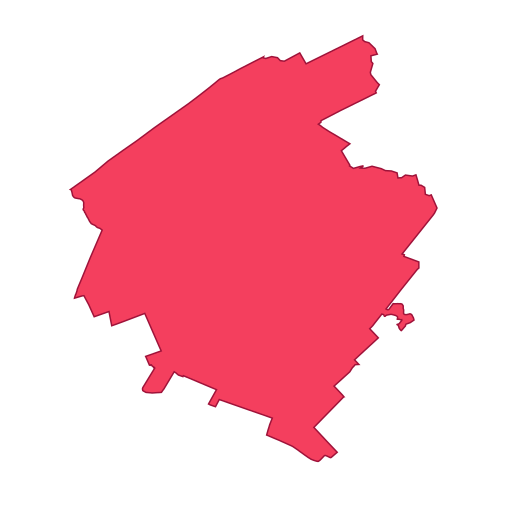 outline of Recea, Arges, Romania, rotated 175°
{"feature_id": "2599482B23278439531937", "entity_name": "Recea", "entity_type": "district", "adm_level": 2, "iso_a3": "ROU", "parent_name": "Romania", "parent_adm1": "Arges", "projection": "robinson", "projection_center": [25.033, 44.555], "detail": "fine", "context": "isolated", "style": "filled", "palette": "rose", "viewbox_px": 512, "rotation_deg": 175, "n_neighbors": 0, "source": "geoboundaries", "source_scale": "gbopen_adm2", "svg_char_len": 4410}
<svg xmlns="http://www.w3.org/2000/svg" viewBox="0 0 512 512"><g transform="rotate(175 256 256)"><path d="M433.8,335.6L433.7,334.8L433.7,334.7L433.4,332.2L432.5,330.7L431.6,329.8L430.9,329.5L427.8,328.6L426.6,328.4L426.2,328.2L425.7,327.9L424.0,326.7L423.7,326.2L423.4,325.7L423.0,324.5L423.0,323.8L423.3,321.6L423.3,320.6L423.3,319.2L424.1,317.8L424.1,317.2L424.0,316.9L423.0,315.5L423.0,315.4L422.9,314.4L422.6,314.1L422.3,313.5L422.1,313.1L422.0,312.6L421.8,312.1L421.4,311.3L421.1,310.5L420.8,309.6L420.2,308.7L420.0,308.1L419.7,307.4L418.7,304.9L418.0,303.8L417.3,302.6L415.7,301.6L413.9,300.6L413.2,300.1L412.6,299.2L411.5,298.2L409.0,297.1L407.0,295.2L421.0,269.2L422.4,266.5L431.6,248.6L435.1,242.0L436.9,238.5L437.4,236.8L438.7,233.8L439.0,233.5L440.4,230.2L440.5,229.8L432.7,231.4L430.9,231.5L426.8,221.9L422.5,209.6L407.3,213.5L405.8,199.1L401.1,200.3L394.5,202.1L371.8,208.5L367.4,195.4L360.2,174.0L358.7,169.7L374.7,165.6L374.5,165.0L374.6,165.5L371.7,156.6L370.9,156.3L370.5,156.5L370.3,156.8L369.7,156.7L369.1,155.5L367.6,154.4L367.4,154.2L367.7,154.1L367.8,154.0L367.7,153.8L367.7,153.7L366.7,153.1L380.2,134.8L380.7,133.5L380.5,131.8L379.9,131.3L378.7,130.5L377.5,129.7L375.8,129.4L374.1,129.1L372.8,128.9L371.5,128.6L366.2,128.5L364.1,128.4L362.1,128.4L360.8,130.0L359.4,131.5L347.6,147.8L345.8,146.4L345.1,145.6L344.3,144.8L343.7,144.2L339.3,142.2L338.8,143.1L322.9,134.7L307.0,126.3L316.2,112.7L314.8,111.8L314.0,111.4L313.1,111.0L309.5,109.4L307.3,112.8L305.1,116.2L290.7,109.7L279.6,104.7L276.1,103.1L265.8,98.5L253.9,93.1L257.1,86.7L258.0,84.3L259.0,82.0L261.0,76.7L252.3,72.1L249.0,70.4L246.4,68.9L243.3,67.2L242.6,66.8L241.9,66.4L237.4,63.9L235.8,62.9L234.6,61.9L233.5,61.0L231.3,59.2L229.3,57.4L229.2,57.3L227.3,55.7L224.7,53.4L223.1,52.1L221.5,50.7L220.2,49.8L219.0,48.8L217.0,47.8L216.2,47.4L214.0,46.5L212.8,46.1L212.2,46.0L211.7,46.0L209.9,47.1L205.2,51.2L204.1,51.2L202.5,50.4L200.0,48.9L199.2,48.6L198.6,48.8L192.2,53.4L194.5,56.3L201.5,65.1L213.3,80.2L180.8,108.1L180.7,108.1L182.1,110.1L189.6,119.6L172.7,132.4L169.5,136.6L168.7,137.1L166.7,139.1L163.0,139.0L166.9,144.0L161.4,148.3L141.3,163.8L149.1,173.7L149.0,173.8L148.8,173.9L147.5,174.9L145.7,176.5L143.6,178.8L138.7,184.0L135.7,187.2L134.0,186.5L133.7,186.0L133.6,185.4L133.3,184.8L132.9,184.7L132.7,184.7L132.5,184.8L132.2,185.0L132.0,185.3L131.0,185.7L130.2,185.8L127.3,186.1L125.9,186.0L122.1,184.6L120.9,183.8L120.3,183.1L120.3,182.4L120.4,182.0L120.4,181.6L120.8,180.9L120.8,180.7L119.6,180.5L119.2,180.6L117.9,180.1L117.5,179.9L117.0,179.8L116.4,179.9L116.4,179.1L119.3,176.1L120.0,175.8L121.1,175.6L121.4,175.5L121.3,175.2L120.5,174.7L120.2,174.1L119.7,171.7L119.2,170.7L118.0,169.1L117.7,169.0L116.7,169.9L115.9,170.7L115.1,171.5L113.3,173.2L112.8,174.6L112.4,175.1L110.3,175.6L108.1,176.2L104.2,178.4L104.5,180.4L104.7,181.1L104.9,181.5L105.1,181.8L105.2,182.1L105.5,182.9L105.8,183.7L106.8,184.7L107.8,185.0L108.3,184.9L108.7,184.8L110.9,184.5L112.3,184.6L112.8,184.7L113.6,185.2L114.0,185.9L113.9,186.8L113.6,189.4L113.9,190.8L113.9,191.0L113.7,193.5L113.9,193.8L114.3,194.7L114.9,195.5L116.3,195.9L117.9,196.0L118.4,196.1L119.0,196.2L119.9,196.2L120.3,196.2L122.7,196.4L123.5,196.6L128.2,191.3L128.5,191.1L128.8,191.0L129.9,191.1L131.1,191.9L114.0,210.3L96.5,228.6L94.8,229.8L94.3,235.9L108.7,242.7L108.1,244.3L110.3,245.3L75.9,281.4L74.4,283.2L71.5,288.0L76.1,301.6L78.2,301.0L81.9,302.7L82.0,309.6L85.4,312.1L87.5,312.3L88.6,318.1L89.6,322.9L93.1,322.0L100.1,323.6L104.1,321.3L107.8,321.4L108.2,326.5L113.7,328.9L119.7,329.8L123.6,332.1L132.6,335.3L139.8,333.9L144.2,334.5L141.1,336.5L144.4,336.1L151.3,334.8L155.0,337.6L154.6,338.3L161.8,353.4L156.4,357.2L152.7,359.6L172.4,373.7L178.5,378.4L180.1,380.0L182.4,381.9L179.7,383.5L179.4,385.2L159.0,393.6L122.0,408.0L122.6,409.7L118.2,415.9L120.0,418.0L125.8,426.6L126.1,429.0L122.8,437.6L124.2,439.6L124.1,445.4L117.6,446.5L118.1,447.7L119.3,452.1L124.9,458.6L129.0,460.1L130.9,462.0L130.5,466.0L182.7,445.7L189.4,443.1L194.7,454.5L210.8,447.6L214.8,448.5L217.3,451.7L223.0,453.3L229.1,451.9L231.8,452.9L231.3,453.7L241.5,449.6L243.2,448.9L255.0,444.1L265.5,439.6L273.9,436.2L276.1,435.7L277.8,434.7L280.8,432.6L281.2,432.3L289.8,426.5L299.4,420.3L310.2,413.5L346.5,392.4L365.0,381.0L379.1,372.9L395.1,363.5L409.0,353.7L427.1,343.1L435.1,338.4L434.3,338.0L434.1,337.4L434.0,336.5L433.8,335.6Z" fill="#f43f5e" stroke="#9f1239" stroke-width="1.5"/></g></svg>